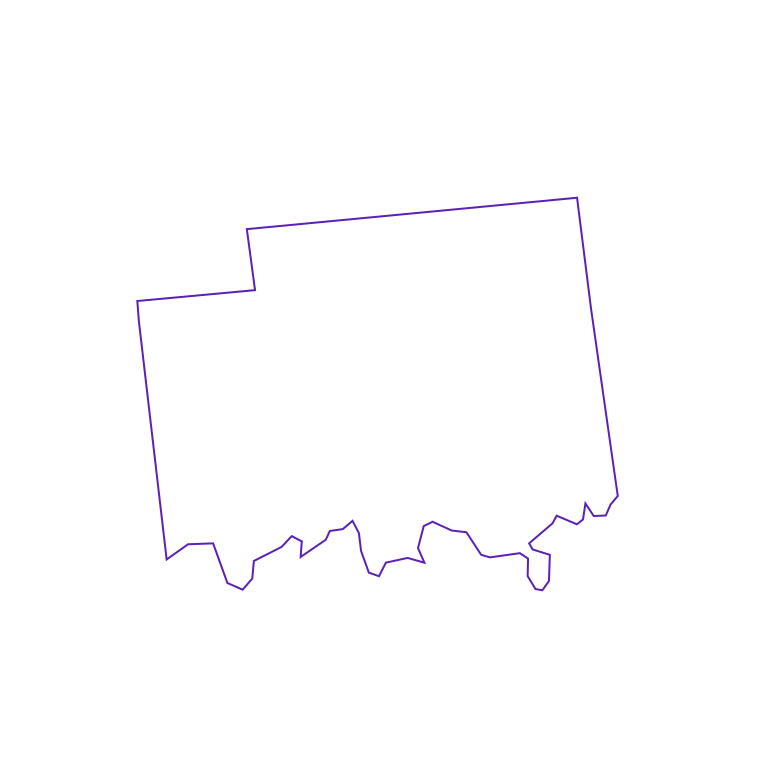 the district of Bosque, Texas, United States of America, rotated 114°
{"feature_id": "52423323B51528806968962", "entity_name": "Bosque", "entity_type": "district", "adm_level": 2, "iso_a3": "USA", "parent_name": "United States of America", "parent_adm1": "Texas", "projection": "natural_earth1", "projection_center": [-97.489, 31.898], "detail": "fine", "context": "isolated", "style": "outline", "palette": "violet", "viewbox_px": 768, "rotation_deg": 114, "n_neighbors": 0, "source": "geoboundaries", "source_scale": "gbopen_adm2", "svg_char_len": 814}
<svg xmlns="http://www.w3.org/2000/svg" viewBox="0 0 768 768"><g transform="rotate(114 384 384)"><path d="M298.3,572.3L350.7,540.0L408.5,643.1L425.6,633.9L632.7,511.2L610.1,497.8L599.1,475.3L629.5,446.1L629.4,429.5L615.3,425.2L598.6,430.9L574.5,411.3L560.5,406.4L561.2,395.1L575.9,389.8L549.9,373.8L540.3,373.7L533.3,362.6L521.8,357.1L530.4,346.3L545.9,337.0L562.5,321.1L561.6,310.4L546.4,309.6L533.3,291.7L530.8,274.4L520.1,286.2L497.6,289.9L490.1,283.6L490.3,262.4L485.9,248.4L500.5,225.8L499.3,216.7L483.3,191.1L484.9,181.4L501.1,174.6L509.7,162.2L508.0,155.4L496.8,153.2L472.6,163.0L474.7,181.0L470.5,186.6L442.8,173.4L434.1,172.7L433.7,150.7L426.8,147.1L411.2,151.4L419.3,138.7L413.9,127.9L402.0,128.0L391.2,124.9L231.3,225.3L135.3,283.4L298.3,572.3Z" fill="none" stroke="#5b21b6" stroke-width="2"/></g></svg>